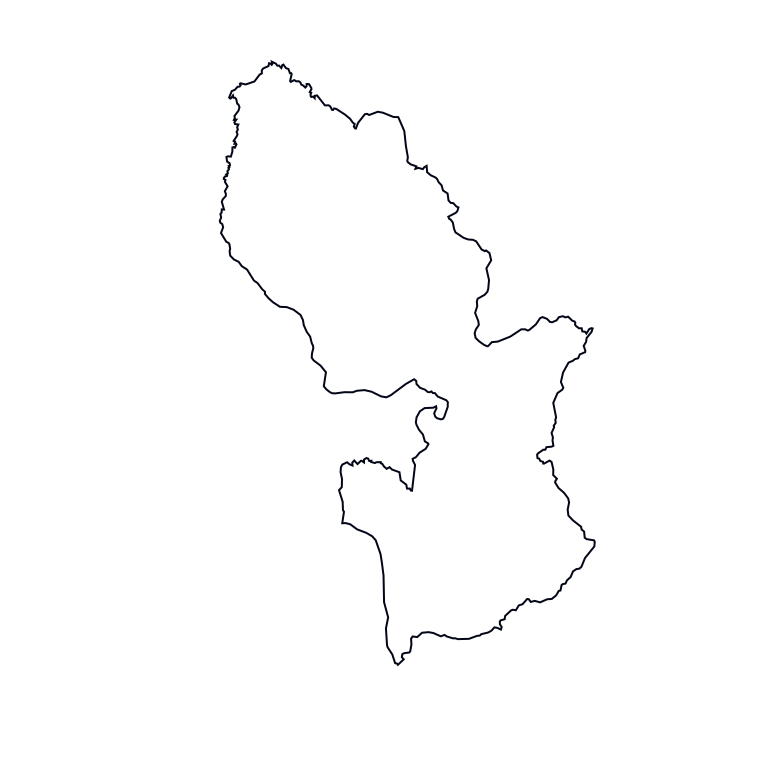 outline of Quípama, Boyacá, Colombia, rotated 24°
{"feature_id": "7082276B17110786625118", "entity_name": "Quípama", "entity_type": "district", "adm_level": 2, "iso_a3": "COL", "parent_name": "Colombia", "parent_adm1": "Boyacá", "projection": "albers", "projection_center": [-74.197, 5.549], "detail": "fine", "context": "isolated", "style": "outline", "palette": "ink", "viewbox_px": 768, "rotation_deg": 24, "n_neighbors": 0, "source": "geoboundaries", "source_scale": "gbopen_adm2", "svg_char_len": 6165}
<svg xmlns="http://www.w3.org/2000/svg" viewBox="0 0 768 768"><g transform="rotate(24 384 384)"><path d="M402.5,528.2L405.7,526.6L410.3,525.9L418.5,527.7L428.5,527.2L435.1,527.9L440.0,530.1L450.0,540.8L454.7,548.0L461.5,559.2L472.8,583.3L482.7,595.5L485.2,606.5L492.9,621.2L494.3,623.0L501.6,627.7L507.7,634.5L509.7,634.1L510.9,634.9L514.0,627.5L511.4,626.3L510.6,623.3L511.9,621.7L516.3,619.0L516.7,617.6L515.0,610.8L512.3,605.6L512.8,603.0L517.3,601.7L519.9,595.8L525.6,592.6L530.4,591.4L538.5,591.4L541.4,588.6L544.0,589.1L550.6,588.3L552.2,587.4L555.3,587.0L565.2,582.3L571.5,576.2L573.8,574.9L574.7,572.9L580.2,568.7L582.4,565.8L583.9,561.4L586.7,560.7L590.7,560.8L590.4,558.2L587.7,556.4L586.5,554.2L586.6,552.6L589.9,549.8L589.0,546.6L592.2,539.1L593.4,537.9L596.5,537.0L597.2,531.4L600.1,528.9L602.2,522.2L603.8,521.7L606.7,523.4L609.9,520.8L615.4,520.0L620.6,514.3L624.7,512.1L627.2,507.2L627.8,502.0L629.2,500.9L628.0,495.4L628.7,494.1L631.0,492.5L631.0,489.0L633.0,484.4L632.9,478.2L635.1,474.8L637.6,473.2L638.7,470.7L638.4,461.3L642.2,446.9L640.7,442.4L639.5,441.4L632.1,443.3L629.9,442.8L626.8,437.4L623.8,436.6L622.0,434.2L612.0,431.7L606.0,429.2L602.9,424.1L601.3,417.0L598.8,413.6L592.8,410.2L585.7,408.0L580.4,404.4L580.0,402.8L580.5,400.2L575.6,398.4L573.4,393.1L568.8,387.1L566.4,386.6L562.7,391.5L561.8,391.9L560.9,390.4L558.1,390.7L556.2,389.1L554.4,389.3L552.6,386.3L552.9,384.8L556.2,379.3L558.1,378.4L558.1,375.6L562.6,373.1L563.9,371.6L560.9,367.0L560.1,364.2L557.0,360.6L557.0,354.2L556.0,353.1L556.7,349.7L555.1,347.1L554.8,344.5L546.3,332.4L546.2,321.7L549.2,316.6L549.3,314.5L544.8,310.2L542.9,300.6L543.9,289.4L547.1,286.0L548.2,283.7L550.9,281.5L550.8,277.4L554.8,273.1L554.4,271.7L550.9,267.9L551.5,263.3L550.4,259.7L552.4,251.9L552.0,248.4L550.6,248.7L549.1,250.5L548.4,255.6L546.4,254.5L543.8,255.3L541.9,252.7L539.5,253.8L536.0,253.0L534.3,252.0L533.9,250.3L532.8,249.4L530.3,249.6L524.8,247.6L522.6,249.4L519.9,249.3L516.6,251.8L515.8,255.6L512.5,259.2L510.5,259.8L506.4,258.2L501.6,258.4L499.8,260.4L498.5,267.8L494.7,275.6L493.6,276.7L490.8,276.6L487.2,278.2L480.1,289.3L470.8,298.9L465.5,301.9L463.7,307.0L462.8,307.6L459.3,307.5L453.4,306.3L448.9,304.6L446.2,300.8L445.7,297.0L446.6,291.4L444.4,288.0L438.3,282.0L437.5,274.9L435.2,270.8L434.9,268.0L439.7,261.5L440.9,257.8L440.6,254.9L437.7,246.4L430.5,236.7L431.6,227.4L427.1,221.5L422.9,220.5L422.1,221.6L418.4,221.4L410.2,216.2L406.6,216.1L402.2,217.7L397.4,218.1L387.6,216.4L385.1,214.0L381.1,208.4L377.8,206.6L376.6,206.7L374.7,205.0L379.9,198.5L380.7,196.2L380.2,192.4L378.0,192.4L373.7,190.6L371.3,191.4L368.3,190.1L364.6,184.1L359.2,183.2L355.7,179.0L352.0,177.5L349.1,175.1L347.1,174.4L341.8,174.3L337.3,173.0L334.2,167.4L332.6,169.6L332.1,171.9L327.5,172.6L325.2,174.6L325.1,172.0L319.1,172.5L315.4,171.6L314.5,170.7L313.6,167.2L307.1,157.5L299.7,144.7L288.5,134.4L284.1,136.2L272.7,136.6L267.6,137.8L261.0,144.3L258.7,144.1L256.8,145.3L254.1,156.0L254.4,162.1L253.6,162.2L251.7,161.0L251.5,158.4L249.2,157.9L245.1,155.5L238.6,153.7L228.4,152.1L226.3,152.6L226.1,154.3L225.0,154.7L222.0,152.3L220.2,151.9L216.7,153.5L205.5,147.6L203.5,148.9L204.4,151.1L202.4,150.3L201.0,151.3L200.1,151.0L199.0,149.1L199.1,147.6L197.4,147.5L197.8,144.3L197.3,143.2L193.6,140.6L191.3,141.4L192.1,143.5L191.5,145.2L188.9,144.2L186.8,144.2L184.9,142.5L182.9,142.1L180.7,143.2L178.3,142.9L176.0,145.9L175.0,145.4L173.6,138.5L172.8,137.8L171.7,138.3L168.5,135.1L165.9,135.3L162.2,133.1L161.4,134.0L161.7,137.1L158.5,135.8L157.1,136.6L154.8,135.3L150.5,135.2L151.8,136.8L151.6,138.1L149.7,137.4L148.5,137.7L149.2,140.5L145.2,145.0L144.8,147.2L146.1,150.0L144.5,152.0L142.6,160.3L135.8,166.6L130.5,167.7L130.3,168.5L131.5,169.5L131.1,171.0L129.3,172.1L128.1,175.9L125.8,178.3L126.0,185.3L127.5,185.8L128.0,185.2L128.7,181.8L130.2,183.7L131.5,183.1L133.0,183.7L135.9,187.6L137.3,187.9L139.4,189.9L139.9,193.4L138.4,200.1L139.5,201.6L139.5,203.7L141.5,202.6L140.9,205.9L142.2,207.1L145.4,206.2L145.4,209.2L147.0,211.0L146.8,213.6L148.5,215.3L148.8,216.7L147.8,223.1L149.3,223.1L149.7,225.4L151.0,224.5L151.8,225.2L151.6,228.8L150.5,228.6L149.3,229.5L151.0,233.5L151.6,238.6L148.9,239.4L147.7,240.7L150.2,244.6L153.1,245.1L154.3,246.7L154.3,247.5L153.5,248.0L154.6,249.1L154.0,249.9L155.0,250.9L154.4,253.3L155.7,255.2L154.6,256.7L155.9,257.3L155.9,258.0L154.3,259.1L153.9,261.0L154.3,261.9L156.2,262.1L156.5,264.1L160.7,267.0L160.2,272.6L162.3,274.7L163.0,276.6L161.6,280.9L161.7,283.5L166.9,289.7L164.8,290.5L165.9,293.4L165.4,295.2L167.5,298.1L167.6,301.7L168.8,303.2L171.2,303.7L173.3,306.2L173.7,312.4L182.1,318.2L184.9,318.4L186.0,319.3L188.5,323.1L188.9,325.4L191.3,329.3L196.2,331.3L201.5,331.5L206.2,334.2L212.4,335.2L223.1,342.4L227.4,343.2L234.0,346.9L237.9,348.2L238.5,350.1L243.8,352.7L249.5,354.5L257.5,355.8L263.9,353.3L271.1,352.9L279.7,354.9L284.0,358.6L286.8,362.9L292.1,367.7L297.2,370.7L301.6,376.3L303.5,377.8L304.8,379.9L305.8,385.4L307.3,389.4L310.2,391.1L318.5,393.0L326.2,396.9L329.9,410.5L333.4,412.3L338.1,413.5L340.5,413.5L343.5,412.3L351.3,407.5L358.8,404.3L362.0,401.2L368.7,397.5L375.8,396.1L386.3,396.5L391.6,395.2L394.7,391.6L404.0,375.0L409.6,367.4L412.2,368.1L413.7,370.8L418.5,372.8L423.8,372.5L427.2,373.5L429.1,372.9L430.4,371.5L432.2,372.4L434.2,371.6L438.2,373.6L447.5,373.5L449.7,374.6L451.5,379.0L452.4,389.6L452.0,391.9L450.5,393.1L446.3,393.7L444.0,392.9L441.7,390.3L441.8,384.8L440.6,383.2L438.7,385.6L430.9,389.5L427.9,394.3L427.3,401.2L428.7,406.1L430.3,408.1L434.8,411.7L440.1,414.3L444.7,419.8L448.5,420.3L449.1,421.0L448.4,426.3L444.5,432.2L442.9,437.9L440.6,440.7L441.7,442.4L445.3,445.3L453.0,470.1L451.8,470.4L450.2,469.0L447.6,470.2L445.3,466.9L438.5,465.3L434.0,458.3L426.1,458.9L422.9,457.7L421.0,460.4L417.6,459.4L414.8,457.6L413.3,457.7L412.8,456.7L408.8,458.6L407.9,459.9L404.0,460.5L403.7,459.3L401.8,460.3L399.8,458.6L398.0,458.8L396.5,461.2L397.6,463.8L394.8,463.2L394.1,463.6L392.4,467.9L387.9,466.0L387.0,468.8L388.4,471.3L385.1,471.4L382.1,470.5L378.7,474.6L378.5,477.5L380.2,482.2L384.3,487.9L387.4,495.4L386.1,499.3L394.2,508.5L397.8,515.9L399.4,517.0L402.5,528.2Z" fill="none" stroke="#020617" stroke-width="2"/></g></svg>